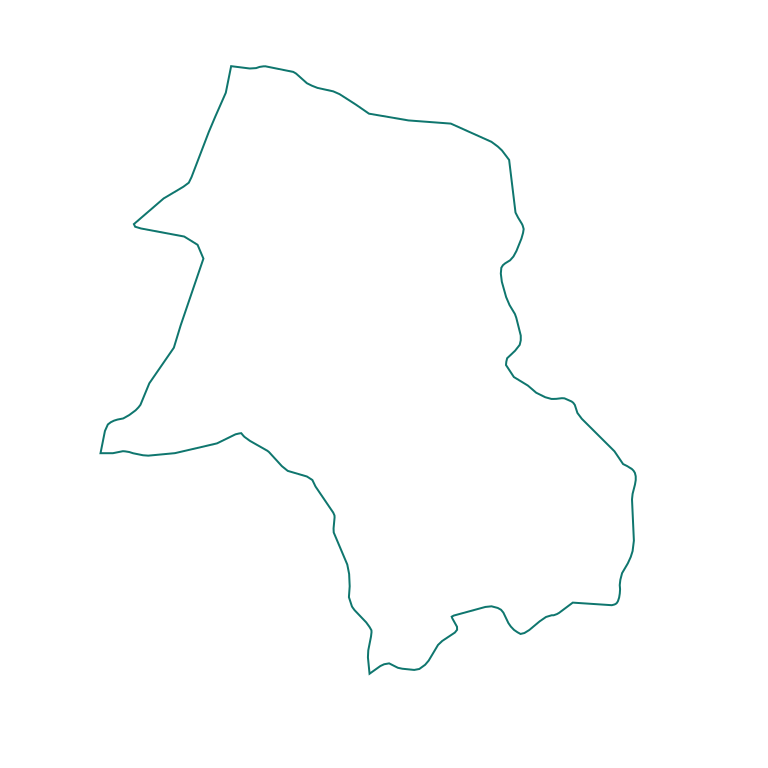 outline of Kâmpóng Spœ, rotated 192°
{"feature_id": "KHM-1787", "entity_name": "Kâmpóng Spœ", "entity_type": "Province", "adm_level": 1, "iso_a3": "KHM", "parent_name": "Cambodia", "parent_adm1": "", "projection": "albers", "projection_center": [104.227, 11.598], "detail": "fine", "context": "isolated", "style": "outline", "palette": "teal", "viewbox_px": 768, "rotation_deg": 192, "n_neighbors": 0, "source": "natural_earth", "source_scale": "10m", "svg_char_len": 2469}
<svg xmlns="http://www.w3.org/2000/svg" viewBox="0 0 768 768"><g transform="rotate(192 384 384)"><path d="M204.5,407.5L196.9,405.9L195.0,405.0L193.0,403.2L188.8,395.9L183.3,391.1L144.6,366.1L133.5,355.4L129.2,354.3L123.7,352.3L121.8,351.0L120.1,349.2L118.6,346.1L117.8,342.4L117.6,337.8L118.0,328.3L117.4,322.6L107.0,282.7L106.1,272.2L106.7,266.1L108.2,259.3L111.8,248.5L112.1,241.6L111.6,236.3L110.4,232.3L109.8,228.1L109.6,224.0L110.0,220.3L110.7,218.3L111.7,217.0L112.8,216.2L115.2,215.0L153.9,209.4L165.2,196.5L167.0,194.9L169.9,193.1L172.0,192.6L177.1,189.8L182.4,184.2L190.8,173.5L194.9,169.6L198.5,167.9L201.8,168.9L205.7,170.5L209.5,173.1L212.6,176.0L219.7,185.2L222.6,187.5L226.2,188.6L232.6,188.9L238.5,187.0L267.6,172.0L269.4,170.5L268.4,168.9L262.1,161.7L261.4,158.8L263.0,155.6L273.6,144.8L276.9,140.0L282.8,122.7L285.4,117.9L290.2,112.6L295.0,110.6L306.9,109.3L311.4,109.3L320.9,111.8L325.6,109.9L328.9,107.4L337.9,97.6L342.9,113.3L344.0,120.2L344.2,134.2L344.6,138.6L345.1,140.5L347.7,143.4L351.8,147.1L365.7,156.6L368.4,159.0L369.2,159.9L374.0,168.2L375.5,179.0L378.6,190.9L382.4,199.8L402.3,228.3L403.3,232.2L404.6,243.2L405.1,245.1L406.9,247.6L429.7,269.5L434.1,275.2L440.2,277.5L460.1,279.0L466.8,282.4L482.3,293.5L484.1,294.4L503.3,300.5L509.4,303.2L510.9,304.2L513.4,306.2L515.4,305.5L518.8,303.9L535.0,291.2L574.1,272.9L599.7,264.9L604.9,264.2L615.0,264.1L619.0,264.5L623.1,264.3L625.4,264.0L634.9,259.9L646.9,257.4L647.2,280.0L645.7,287.0L643.3,289.8L640.5,292.0L637.3,293.8L631.9,296.1L626.7,300.7L621.5,306.6L619.3,310.1L617.9,313.0L613.7,335.9L597.1,375.8L595.1,398.9L586.7,469.1L595.3,481.4L610.1,486.7L654.0,485.6L660.1,486.1L661.9,488.4L638.1,519.7L621.2,535.3L616.8,540.3L615.3,546.3L607.8,594.0L604.6,610.6L599.3,636.0L599.6,663.1L580.9,664.7L574.8,666.4L571.6,668.3L568.1,669.6L566.1,670.1L537.6,670.4L534.6,669.4L522.0,662.2L516.6,660.8L510.6,659.8L494.5,659.7L487.8,658.3L469.5,651.4L454.9,645.3L414.9,646.9L372.8,652.6L329.2,643.2L322.0,639.9L317.2,637.0L308.2,629.2L291.0,579.0L287.4,574.6L282.5,569.4L281.4,568.0L279.6,564.6L279.4,560.7L279.8,554.8L282.1,541.7L283.9,535.6L286.4,531.2L290.6,527.2L292.4,524.9L293.4,522.1L292.7,516.3L290.0,508.5L282.6,494.4L277.6,487.3L270.5,479.7L268.4,476.3L260.3,459.8L259.3,455.2L259.4,450.5L262.7,443.8L268.9,434.8L269.0,431.1L268.6,427.9L258.4,417.8L243.0,412.4L233.3,407.1L223.6,404.6L217.1,404.2L212.7,405.2L207.1,407.1L204.5,407.5Z" fill="none" stroke="#0f766e" stroke-width="2"/></g></svg>